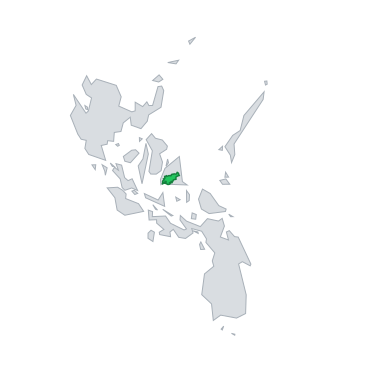 location of Capiz within Philippines, rotated 166°
{"feature_id": "PHL-2528", "entity_name": "Capiz", "entity_type": "Province", "adm_level": 1, "iso_a3": "PHL", "parent_name": "Philippines", "parent_adm1": "", "projection": "orthographic", "projection_center": [122.669, 11.385], "detail": "fine", "context": "in_parent", "style": "filled", "palette": "green", "viewbox_px": 384, "rotation_deg": 166, "n_neighbors": 0, "source": "natural_earth", "source_scale": "10m", "svg_char_len": 5179}
<svg xmlns="http://www.w3.org/2000/svg" viewBox="0 0 384 384"><g transform="rotate(166 192 192)"><path d="M179.3,58.9L194.0,65.6L202.4,62.2L200.1,78.7L207.4,90.0L199.7,109.5L188.8,114.7L189.0,120.2L184.6,127.4L190.7,139.7L189.3,143.0L192.1,151.6L201.1,156.6L200.9,152.0L209.5,148.5L215.8,151.2L219.2,160.3L223.1,158.5L223.6,153.8L233.7,158.5L233.5,160.9L228.3,162.5L233.8,170.3L233.1,173.7L240.4,175.2L238.8,185.0L235.0,182.5L236.5,177.7L223.5,175.1L220.4,166.8L208.9,157.1L206.3,157.5L210.4,167.8L209.0,172.0L204.4,165.1L192.3,156.4L183.5,162.4L173.3,157.4L169.1,159.1L168.8,151.1L175.4,141.5L168.2,136.6L168.3,144.9L165.2,145.5L161.5,138.4L158.1,137.1L152.3,107.8L153.4,106.3L160.0,112.2L164.2,110.9L164.3,79.1L169.4,61.1L179.3,58.9ZM268.1,243.6L283.1,253.4L285.4,260.2L282.1,267.7L286.8,270.0L288.8,275.8L291.5,295.7L283.5,304.1L283.5,315.4L275.8,294.1L273.0,295.6L266.7,307.6L271.0,312.3L272.7,322.4L266.1,330.3L263.7,320.6L257.4,324.7L239.7,313.8L237.7,301.5L242.3,293.1L231.0,284.3L227.5,284.5L225.4,292.9L219.2,286.8L214.0,290.4L212.9,286.3L209.3,285.5L199.5,302.5L195.8,302.1L194.9,297.2L201.6,281.7L215.4,277.3L218.3,271.5L226.2,265.8L234.8,271.5L233.8,279.5L242.0,275.7L246.3,267.9L253.0,268.6L255.8,260.1L261.4,262.2L262.8,258.9L268.8,259.1L268.1,243.6ZM223.8,253.9L217.1,258.4L214.5,253.0L208.2,249.6L204.8,242.5L206.3,239.6L214.2,236.9L213.4,228.2L216.8,220.2L222.4,218.0L227.7,219.4L228.8,222.4L220.5,241.6L223.8,253.9ZM262.8,185.7L269.0,192.6L268.2,205.1L273.3,216.5L263.0,214.6L258.9,210.5L256.4,206.0L258.0,201.7L246.7,193.6L243.6,184.9L262.8,185.7ZM195.0,200.0L213.8,205.4L215.0,208.6L220.4,206.6L219.6,211.8L212.5,221.5L195.7,229.5L198.8,204.4L195.0,200.0ZM123.1,253.7L97.8,271.8L100.6,264.6L139.6,228.4L141.4,218.0L146.5,211.0L145.9,218.5L149.1,228.0L138.8,237.1L130.4,240.0L123.1,253.7ZM164.3,165.0L180.6,166.9L187.0,173.2L187.4,183.5L181.1,192.3L174.7,186.1L169.3,172.3L163.0,167.2L164.3,165.0ZM249.5,210.5L256.7,209.9L258.7,213.2L258.5,222.1L263.9,232.1L261.3,234.6L258.1,230.9L258.9,237.9L253.8,235.1L253.9,222.3L251.3,218.5L246.9,219.3L244.4,206.6L249.5,210.5ZM224.9,250.3L225.2,239.4L238.5,212.1L237.9,230.3L231.6,236.0L224.9,250.3ZM250.0,243.1L240.4,247.1L236.5,246.6L234.0,242.5L244.7,235.3L249.7,238.1L250.0,243.1ZM222.0,184.7L238.4,197.6L238.6,202.0L226.8,192.4L220.4,198.5L222.0,184.7ZM244.6,162.7L241.0,164.8L238.2,162.1L241.9,153.4L245.9,157.7L244.6,162.7ZM203.2,309.7L195.6,313.6L193.0,308.4L197.7,306.8L203.2,309.7ZM153.5,190.4L160.5,192.1L162.2,196.5L156.0,196.5L153.5,190.4ZM195.0,164.7L199.1,166.3L196.9,171.7L193.3,169.1L195.0,164.7ZM176.5,320.2L184.2,323.5L173.1,323.1L176.5,320.2ZM272.6,240.2L268.5,236.0L272.0,229.2L271.6,233.3L272.6,240.2ZM199.7,183.3L197.0,194.7L195.1,190.0L196.8,184.4L199.7,183.3ZM158.3,335.9L158.8,339.3L151.1,341.3L158.3,335.9ZM197.5,134.1L197.3,139.3L195.5,141.4L193.6,133.4L197.5,134.1ZM211.0,223.3L207.7,229.9L207.7,226.1L211.0,223.3ZM156.5,198.4L154.6,203.1L152.9,197.6L156.5,198.4ZM250.1,207.4L247.6,207.6L245.0,203.8L248.1,203.4L250.1,207.4ZM209.0,186.7L209.0,191.0L205.4,187.4L209.0,186.7ZM282.5,242.5L278.8,241.7L280.5,237.1L282.5,242.5ZM218.0,173.7L224.6,182.3L216.3,173.8L218.0,173.7ZM155.7,226.6L151.3,229.0L152.5,225.1L155.7,226.6ZM230.7,253.8L229.9,257.5L227.4,255.6L230.7,253.8ZM231.6,184.1L233.1,189.2L229.8,182.8L231.6,184.1ZM94.8,281.9L92.5,281.6L93.0,278.4L94.8,278.0L94.8,281.9ZM254.5,256.5L251.6,256.8L251.3,254.8L253.1,254.4L254.5,256.5ZM275.0,301.8L272.9,299.6L273.5,297.2L275.0,298.3L275.0,301.8ZM160.5,158.7L161.7,161.6L158.3,158.2L160.5,158.7ZM263.1,236.1L264.3,239.9L261.1,235.3L263.1,236.1ZM196.9,51.9L193.7,54.2L196.0,50.8L196.9,51.9ZM200.4,154.1L195.9,151.8L196.0,150.3L200.4,154.1ZM185.2,42.7L187.9,45.3L184.8,43.6L185.2,42.7Z" fill="#d9dde1" stroke="#a8b0b8" stroke-width="1"/><path d="M208.8,206.3L208.9,206.7L209.1,207.0L209.4,207.2L209.6,207.2L209.8,207.0L210.1,206.8L210.1,206.7L210.0,206.4L210.1,206.0L210.5,206.1L210.7,206.4L210.9,206.5L211.1,206.5L210.9,206.2L211.1,206.0L211.2,205.9L211.6,205.5L211.7,205.3L211.6,205.2L212.2,205.0L212.9,205.0L213.7,205.2L214.2,205.5L214.4,205.8L214.5,206.1L214.6,206.4L214.8,206.5L215.1,206.5L216.0,206.9L215.0,207.7L214.6,208.1L214.6,208.5L215.1,208.7L215.7,208.4L216.3,208.0L216.8,207.8L217.3,207.7L218.1,207.1L219.0,206.8L218.9,206.8L218.5,207.7L218.1,208.4L218.0,209.3L217.8,209.6L217.3,210.1L217.0,210.3L216.6,210.4L216.2,210.5L216.0,210.9L216.1,211.3L216.3,211.6L215.5,211.8L215.1,211.9L214.8,212.2L214.8,212.4L214.9,213.1L214.8,213.4L214.7,213.7L214.4,213.8L214.0,213.8L213.6,213.6L212.9,213.9L212.7,213.3L211.9,213.3L210.4,213.5L209.8,213.3L209.2,213.1L208.7,212.9L208.2,213.0L208.1,213.3L208.0,213.6L207.7,213.8L207.4,214.0L207.0,214.0L206.7,214.0L206.4,213.9L206.0,213.8L205.7,213.8L205.2,213.9L204.9,213.9L203.7,213.3L203.1,213.3L202.6,213.6L201.6,214.6L201.2,214.2L200.9,213.9L200.7,213.6L200.6,213.1L200.6,212.6L200.6,212.1L200.5,211.5L200.4,211.1L201.1,211.1L201.9,211.0L203.5,210.7L204.0,210.2L204.3,209.3L204.4,208.5L204.5,208.2L205.9,208.3L206.7,208.3L207.2,208.2L207.4,208.0L207.6,207.5L207.8,207.3L208.1,207.1L208.3,206.9L208.5,206.7L208.7,206.4L208.8,206.3Z" fill="#22c55e" stroke="#15803d" stroke-width="1.5"/></g></svg>